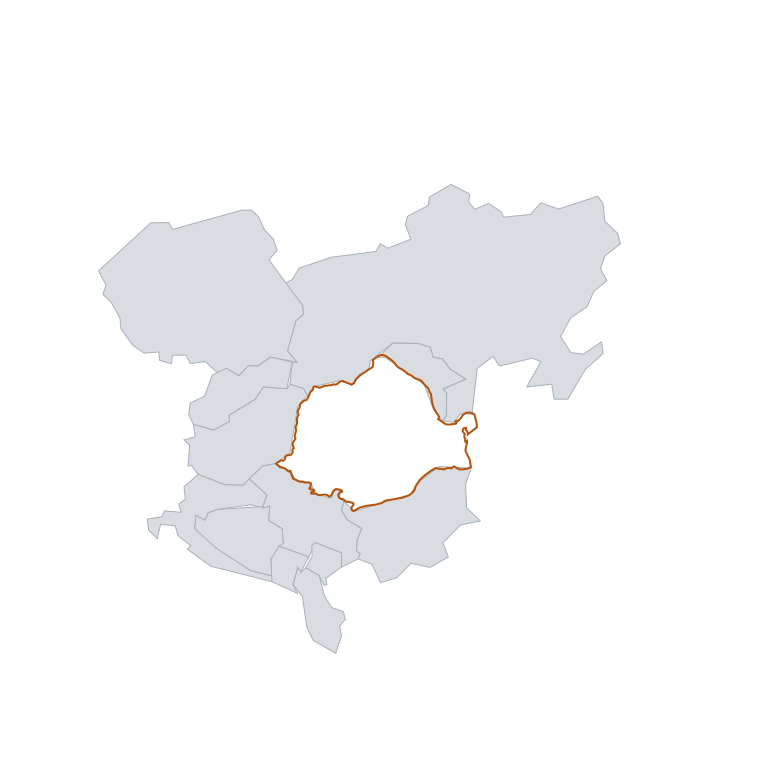 Romania and the surrounding countries, rotated 339°
{"feature_id": "ROU", "entity_name": "Romania", "entity_type": "country or territory", "adm_level": 0, "iso_a3": "ROU", "parent_name": "Europe", "parent_adm1": "", "projection": "orthographic", "projection_center": [24.529, 45.967], "detail": "fine", "context": "with_neighbors", "style": "outline", "palette": "amber", "viewbox_px": 768, "rotation_deg": 339, "n_neighbors": 12, "source": "natural_earth", "source_scale": "50m", "svg_char_len": 7906}
<svg xmlns="http://www.w3.org/2000/svg" viewBox="0 0 768 768"><g transform="rotate(339 384 384)"><path d="M569.6,421.6L580.9,427.6L602.1,422.6L599.6,434.0L577.1,442.6L550.1,464.0L537.4,459.1L540.5,444.3L516.2,437.9L538.6,419.3L531.7,413.0L498.2,408.6L495.8,397.3L476.7,402.7L455.2,443.9L445.1,439.2L435.3,444.7L425.4,439.6L430.7,436.0L439.1,415.2L437.3,409.8L461.9,408.7L451.1,393.9L447.3,381.3L439.4,376.7L440.3,366.3L430.6,358.5L406.7,348.9L379.9,357.2L374.9,364.5L352.8,372.4L343.2,364.9L317.4,361.2L308.4,367.5L307.2,359.3L296.1,350.6L306.2,330.6L310.5,332.5L305.7,318.6L324.2,293.5L333.9,290.0L336.1,281.5L326.7,254.7L335.8,253.6L346.3,245.4L380.1,246.7L423.9,257.4L430.8,251.7L436.2,258.6L461.1,258.4L461.1,242.9L466.3,235.8L489.3,233.2L493.3,225.8L518.0,221.7L532.1,237.4L528.3,244.2L531.1,253.4L546.4,252.9L555.0,265.1L555.5,271.1L581.5,278.2L595.4,271.1L609.7,283.2L651.0,285.3L653.1,294.1L648.4,311.4L656.1,327.1L655.0,337.8L636.2,343.6L627.4,353.9L629.1,367.4L613.3,372.6L601.2,384.6L582.2,389.1L565.9,402.9L569.6,421.6Z" fill="#d9dde1" stroke="#a8b0b8" stroke-width="1"/><path d="M326.9,183.6L327.5,197.0L332.5,208.7L332.2,220.8L321.0,226.9L336.1,281.5L333.9,290.0L324.2,293.5L305.7,318.6L310.5,332.5L287.6,318.2L273.0,322.0L263.8,318.4L251.6,324.3L242.3,312.8L233.9,316.4L225.0,298.8L210.6,295.7L209.6,286.0L196.7,281.4L192.9,289.0L183.1,281.6L185.2,273.4L171.2,269.2L163.4,258.3L158.2,238.0L161.1,227.8L158.8,211.0L153.7,199.4L160.0,192.0L158.0,176.1L224.1,149.9L241.2,156.4L241.9,163.9L313.6,170.7L322.7,174.2L326.9,183.6Z" fill="#d9dde1" stroke="#a8b0b8" stroke-width="1"/><path d="M296.1,350.6L307.2,359.3L308.4,367.5L295.6,373.6L271.5,414.4L254.3,419.3L241.1,417.2L216.0,428.1L199.0,420.8L178.1,401.9L175.1,391.1L171.7,390.4L180.6,371.5L177.3,364.5L188.8,365.6L191.6,353.3L208.5,366.0L226.0,363.6L228.1,357.6L258.4,352.0L270.2,343.5L291.6,353.6L296.1,350.6Z" fill="#d9dde1" stroke="#a8b0b8" stroke-width="1"/><path d="M388.5,357.0L406.7,348.9L430.6,358.5L440.3,366.3L439.4,376.7L447.3,381.3L451.1,393.9L461.9,408.7L437.3,409.8L439.1,415.2L430.7,436.0L425.4,439.6L421.0,425.7L421.3,399.1L394.8,359.8L388.5,357.0Z" fill="#d9dde1" stroke="#a8b0b8" stroke-width="1"/><path d="M304.7,479.4L310.7,492.1L368.9,496.5L379.7,488.5L405.5,480.6L435.1,493.8L424.1,507.0L416.8,529.2L424.8,546.4L405.1,543.0L382.1,553.3L382.1,568.5L361.2,571.7L345.0,561.1L326.5,569.4L309.5,568.2L308.2,548.0L297.1,537.9L300.9,533.7L298.5,530.0L302.6,520.3L311.3,510.9L300.8,497.4L299.1,486.2L304.7,479.4Z" fill="#d9dde1" stroke="#a8b0b8" stroke-width="1"/><path d="M264.4,581.9L263.6,589.9L255.9,594.0L254.0,603.9L242.4,618.1L226.0,598.0L224.8,583.3L231.7,553.3L227.2,538.5L237.9,524.0L239.0,529.9L245.2,527.5L254.8,539.4L252.5,560.8L255.1,574.1L264.4,581.9Z" fill="#d9dde1" stroke="#a8b0b8" stroke-width="1"/><path d="M178.1,401.9L199.0,420.8L216.0,428.1L224.3,424.2L234.9,445.6L225.9,456.5L216.6,449.0L183.6,441.5L173.6,441.2L168.3,447.1L161.3,439.3L155.5,451.4L192.4,510.2L211.3,523.4L208.5,528.4L157.0,492.1L141.1,467.6L145.7,465.8L137.4,451.8L138.2,441.5L125.1,435.0L116.8,447.2L111.9,436.2L114.6,425.3L129.2,428.3L133.7,423.7L148.6,431.1L149.5,422.6L157.2,420.3L160.6,408.2L178.1,401.9Z" fill="#d9dde1" stroke="#a8b0b8" stroke-width="1"/><path d="M306.2,330.6L291.6,353.6L270.2,343.5L258.4,352.0L228.1,357.6L226.0,363.6L208.5,366.0L191.6,353.3L190.7,342.5L196.2,332.3L212.1,331.1L227.0,314.1L242.3,312.8L251.6,324.3L263.8,318.4L273.0,322.0L287.6,318.2L306.2,330.6Z" fill="#d9dde1" stroke="#a8b0b8" stroke-width="1"/><path d="M211.3,523.4L192.4,510.2L168.3,476.8L155.5,451.4L161.3,439.3L168.3,447.1L173.6,441.2L183.6,441.5L233.7,457.0L227.4,470.1L237.2,482.5L233.1,496.7L215.8,506.8L211.3,523.4Z" fill="#d9dde1" stroke="#a8b0b8" stroke-width="1"/><path d="M224.3,424.2L241.1,417.2L254.3,419.3L265.2,431.9L267.1,441.8L280.0,449.6L281.2,462.3L293.6,471.6L300.7,464.9L306.0,468.9L300.8,473.9L304.7,479.4L299.1,486.2L300.8,497.4L311.3,510.9L302.6,520.3L298.5,530.0L300.9,533.7L297.1,537.9L278.8,539.6L283.7,526.4L262.9,507.4L249.7,520.9L251.7,518.4L227.8,497.7L233.1,496.7L237.2,482.5L227.4,470.1L233.7,457.0L225.9,456.5L234.9,445.6L224.3,424.2Z" fill="#d9dde1" stroke="#a8b0b8" stroke-width="1"/><path d="M251.7,518.4L239.0,529.9L237.9,524.0L227.2,538.5L228.1,548.3L208.5,528.4L215.8,506.8L227.8,497.7L251.7,518.4Z" fill="#d9dde1" stroke="#a8b0b8" stroke-width="1"/><path d="M255.9,550.5L254.8,539.4L245.2,527.5L255.2,519.0L258.8,508.9L262.9,507.4L283.7,526.4L278.8,539.6L260.0,544.7L258.7,550.9L255.9,550.5Z" fill="#d9dde1" stroke="#a8b0b8" stroke-width="1"/><path d="M425.0,440.7L427.4,443.8L430.4,445.3L437.1,446.8L437.7,446.5L437.8,446.2L437.3,445.8L437.2,445.2L437.5,444.4L438.4,444.3L439.9,444.9L442.7,443.8L446.8,441.0L450.7,440.3L454.3,441.6L456.2,443.2L457.5,444.8L457.2,446.9L457.1,448.1L456.5,453.5L456.0,455.5L455.1,457.7L444.2,461.0L444.8,459.7L444.4,457.5L443.9,455.9L444.8,454.3L442.3,453.9L441.3,454.8L440.5,456.3L441.4,459.6L440.3,461.5L439.9,462.5L440.0,465.0L439.3,466.1L439.2,467.2L441.0,466.8L440.3,469.0L437.2,473.2L436.1,475.7L436.9,485.2L435.7,491.0L435.6,492.7L432.1,492.9L431.0,492.8L427.6,492.1L423.7,490.8L421.3,487.9L419.8,485.9L416.7,487.0L416.0,486.7L415.1,485.8L412.7,485.2L409.7,485.3L402.8,481.7L402.1,481.0L396.8,481.8L389.0,484.0L383.0,486.4L376.9,490.8L374.4,494.0L371.5,495.7L367.3,497.0L359.8,496.6L352.0,495.1L343.6,493.4L339.1,494.3L333.0,493.6L323.8,491.4L316.9,490.7L310.2,491.8L309.1,490.8L308.8,489.8L309.1,488.3L310.1,487.1L311.7,486.2L312.6,485.3L312.7,484.4L310.9,482.8L307.2,480.6L305.7,479.3L305.3,479.0L305.3,477.8L304.5,476.9L303.1,476.2L302.0,474.9L301.2,473.1L301.4,471.5L302.6,470.0L304.1,469.3L305.8,469.6L306.6,469.1L306.3,468.0L304.6,466.6L301.5,464.8L298.3,465.7L294.9,469.1L292.5,469.6L291.2,467.2L288.6,465.7L285.0,465.1L282.7,464.1L281.9,462.7L280.4,461.6L276.9,460.3L276.9,459.3L277.5,459.0L278.7,459.0L280.4,458.8L280.7,458.2L280.7,457.7L279.4,456.9L278.1,456.4L277.4,455.9L277.0,455.3L276.9,454.7L277.3,454.4L277.9,454.4L278.4,454.1L278.8,452.8L279.5,451.7L280.1,451.4L280.1,450.6L279.6,449.8L278.9,449.2L277.8,448.8L274.5,447.5L272.9,445.9L271.8,445.8L270.2,444.9L268.5,443.4L267.1,441.5L265.5,440.2L265.1,439.6L265.1,439.1L265.4,438.6L265.4,438.0L265.1,436.2L265.4,434.2L265.5,432.3L265.5,431.5L265.2,431.2L264.9,431.5L264.5,431.8L264.1,431.9L262.9,430.5L261.5,427.6L260.5,426.7L258.6,425.3L256.9,424.1L255.9,421.8L254.7,419.9L255.6,419.2L260.4,418.4L262.6,419.6L263.6,419.2L264.7,418.5L265.2,417.8L265.4,417.1L265.9,416.3L267.5,415.9L271.8,416.7L273.6,415.5L274.3,414.9L274.7,413.4L275.2,412.2L276.8,411.6L276.8,410.6L276.6,409.4L277.6,406.8L278.2,405.7L279.1,405.3L280.2,404.5L282.0,402.9L281.7,401.4L282.1,400.3L284.1,397.6L285.6,395.1L285.6,393.7L285.9,392.6L287.2,391.4L288.6,389.8L290.5,384.8L291.1,383.9L292.3,383.0L293.2,382.1L293.4,378.7L294.2,377.8L295.8,376.7L297.3,375.0L298.6,373.0L299.6,372.1L300.9,371.8L302.3,371.1L303.8,370.8L305.3,371.2L306.2,371.0L307.6,370.1L311.3,366.4L311.8,365.6L312.6,365.1L315.5,363.9L316.3,362.6L317.3,361.4L318.6,361.5L322.8,364.5L327.3,364.4L328.1,364.5L328.4,364.6L329.0,364.8L335.0,366.3L335.9,366.1L336.2,366.0L338.6,367.2L340.7,367.1L342.8,366.3L344.9,366.0L346.8,366.5L348.3,368.1L352.2,371.7L353.3,373.0L355.1,372.8L357.0,372.1L359.0,369.7L365.0,367.0L369.6,366.3L374.1,365.1L379.3,364.2L380.8,362.0L381.6,360.5L382.1,357.7L384.9,356.8L387.5,356.2L388.5,355.8L390.4,355.7L391.9,355.9L394.3,357.2L396.0,358.8L396.7,360.2L398.1,362.1L399.7,364.7L401.4,368.3L401.8,370.1L402.5,372.0L403.8,374.4L406.2,377.0L406.6,377.4L407.7,379.3L409.9,383.3L411.7,384.9L413.2,386.7L414.0,388.5L415.2,390.1L417.8,392.1L419.9,394.0L421.8,399.7L423.1,402.3L423.9,404.2L423.7,408.3L424.3,410.0L423.5,413.3L422.1,419.7L421.9,424.8L422.3,427.6L422.4,429.3L422.9,430.4L423.5,432.7L423.6,434.8L423.0,435.4L422.2,435.9L421.9,436.3L422.7,437.2L423.9,438.8L425.0,440.7Z" fill="none" stroke="#b45309" stroke-width="2"/></g></svg>